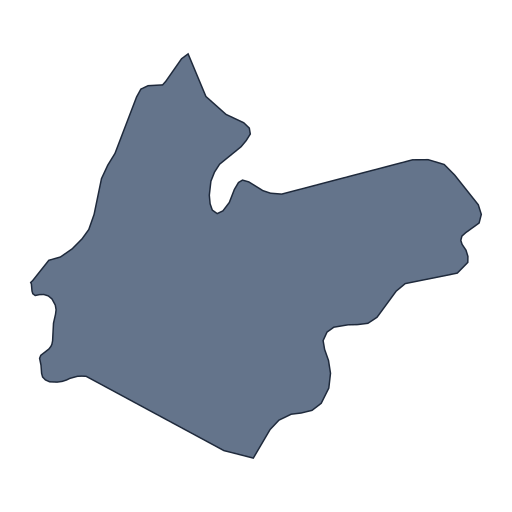 Aïn Témouchent, Albers equal-area conic projection
{"feature_id": "DZA-2144", "entity_name": "Aïn Témouchent", "entity_type": "Province", "adm_level": 1, "iso_a3": "DZA", "parent_name": "Algeria", "parent_adm1": "", "projection": "albers", "projection_center": [-1.072, 35.355], "detail": "fine", "context": "isolated", "style": "filled", "palette": "slate", "viewbox_px": 512, "rotation_deg": 0, "n_neighbors": 0, "source": "natural_earth", "source_scale": "10m", "svg_char_len": 1392}
<svg xmlns="http://www.w3.org/2000/svg" viewBox="0 0 512 512"><path d="M30.7,282.5L32.6,280.7L48.8,260.3L60.4,257.0L72.1,248.9L82.1,238.8L88.8,229.5L94.1,214.4L101.5,178.6L107.8,165.1L115.0,153.4L136.6,96.9L140.9,89.1L148.1,85.7L162.6,84.9L165.8,81.3L181.6,58.7L188.1,53.9L188.7,55.3L205.9,96.5L226.0,114.4L243.8,122.8L249.3,128.1L250.3,134.0L246.1,140.7L241.1,146.7L219.6,164.2L214.5,172.1L210.9,181.2L209.3,195.2L210.1,203.8L212.3,210.1L217.2,213.6L222.9,210.9L229.3,202.5L234.4,189.4L238.5,182.5L242.5,180.1L248.8,181.9L262.8,190.6L270.5,193.2L281.7,194.1L412.6,159.8L428.2,159.7L444.2,164.5L454.7,175.1L478.3,204.8L481.3,214.4L479.1,223.0L465.8,232.6L461.9,236.1L460.8,240.4L462.1,244.4L466.0,250.2L467.9,256.4L467.8,262.4L457.3,273.1L405.2,283.6L396.2,291.1L377.0,317.3L367.9,323.3L357.5,324.6L348.1,324.8L333.8,327.2L327.0,332.1L323.1,340.6L324.6,349.4L328.5,360.5L330.5,373.3L328.8,388.1L321.2,403.3L312.1,410.3L301.2,413.0L291.2,414.2L279.0,420.1L270.1,429.5L253.3,458.1L223.9,450.6L86.1,376.3L81.7,376.1L77.4,376.3L69.8,378.4L66.5,380.0L62.2,381.4L57.1,382.1L49.6,381.8L45.4,379.9L42.6,377.0L41.6,373.3L41.0,365.2L39.6,358.3L40.8,355.3L48.9,349.0L50.9,346.4L51.9,344.3L52.6,340.8L53.5,323.2L55.5,314.4L56.1,309.8L55.3,305.1L52.0,299.0L48.3,295.9L43.9,294.5L39.5,294.6L35.2,295.5L32.8,293.7L32.0,291.0L31.4,283.9L30.7,282.5Z" fill="#64748b" stroke="#1e293b" stroke-width="1.5"/></svg>